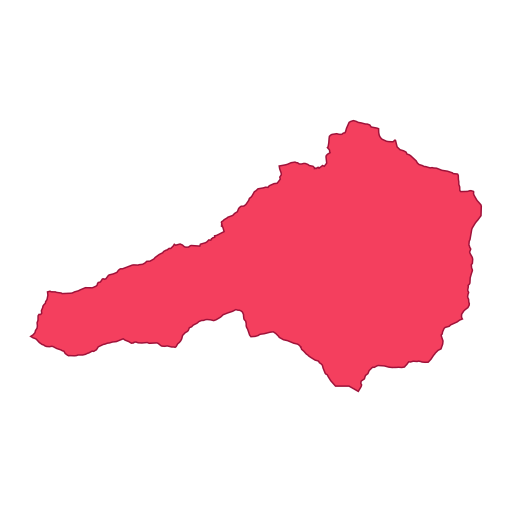 the district of Poiana Teiului, Neamt, Romania
{"feature_id": "2599482B87043149712701", "entity_name": "Poiana Teiului", "entity_type": "district", "adm_level": 2, "iso_a3": "ROU", "parent_name": "Romania", "parent_adm1": "Neamt", "projection": "robinson", "projection_center": [25.888, 47.126], "detail": "fine", "context": "isolated", "style": "filled", "palette": "rose", "viewbox_px": 512, "rotation_deg": 0, "n_neighbors": 0, "source": "geoboundaries", "source_scale": "gbopen_adm2", "svg_char_len": 6046}
<svg xmlns="http://www.w3.org/2000/svg" viewBox="0 0 512 512"><path d="M358.3,391.4L361.0,386.8L361.4,385.8L361.6,384.8L360.8,383.4L361.1,381.4L361.4,380.9L364.4,378.9L365.2,376.2L365.7,375.3L367.9,373.6L369.2,370.5L372.5,367.3L374.4,367.3L376.7,366.0L378.1,365.5L384.3,365.9L388.7,367.1L392.1,367.5L397.2,367.4L398.1,367.2L401.7,367.5L404.5,367.0L405.6,365.6L406.6,364.7L408.7,361.8L410.5,362.0L413.2,361.2L417.1,361.5L418.5,361.1L420.6,361.5L421.9,362.0L425.0,362.3L428.2,362.2L431.0,359.2L433.5,355.4L434.8,353.9L435.2,353.2L438.1,350.3L441.0,348.9L442.7,344.0L443.0,341.0L441.3,335.9L441.3,334.8L442.2,334.0L442.6,331.8L444.1,328.4L445.2,327.4L449.2,326.3L450.6,324.9L457.2,321.9L459.6,320.1L462.4,319.0L461.9,318.2L461.5,316.7L461.6,314.6L462.0,313.6L463.1,312.1L463.4,311.4L465.0,309.8L467.9,307.6L469.2,305.1L469.3,303.5L468.8,302.2L468.6,299.3L467.9,297.9L467.6,296.6L468.0,294.3L468.6,292.7L468.6,292.2L467.9,291.0L467.7,289.9L468.3,286.8L468.1,285.4L469.4,284.1L469.9,283.0L470.2,277.8L471.3,273.9L472.4,270.6L472.3,269.6L471.6,268.0L471.3,264.8L472.4,263.3L472.7,259.3L472.3,257.4L470.0,253.3L469.6,252.0L470.7,249.2L470.5,248.4L469.7,247.4L469.5,246.2L468.9,245.0L469.2,241.3L470.0,239.5L471.7,229.6L472.2,228.1L475.3,223.0L476.8,221.1L477.5,220.4L481.0,215.7L481.3,206.3L480.9,204.8L477.0,200.4L474.0,195.2L473.5,193.5L473.7,191.9L473.4,191.4L471.1,190.7L469.9,190.7L467.6,191.4L460.7,191.6L459.8,190.5L459.7,186.9L458.8,184.4L458.8,181.8L458.4,179.2L458.3,175.6L457.8,174.3L457.3,174.0L453.2,173.6L452.3,172.8L447.5,171.2L441.9,170.3L436.6,168.2L433.6,168.0L432.1,167.6L430.1,167.9L425.7,166.6L424.1,166.5L422.5,165.6L419.0,164.5L417.3,162.9L416.2,160.9L410.6,155.7L409.0,154.7L407.0,154.1L406.2,152.4L405.9,152.0L403.6,150.8L400.0,149.7L397.1,146.9L395.5,140.4L395.3,140.2L394.6,140.2L393.6,141.4L392.8,141.8L388.7,141.6L386.6,141.3L382.2,139.3L381.2,138.5L379.7,136.4L379.1,134.7L378.7,132.4L378.6,128.7L376.9,128.1L371.2,127.0L369.8,125.0L367.5,124.1L365.4,124.0L361.2,122.9L358.2,122.4L356.0,121.3L353.4,120.6L350.6,121.5L349.1,122.4L346.5,128.3L345.6,131.5L344.9,132.8L343.3,133.1L342.1,134.1L341.3,134.4L339.0,134.3L336.7,133.7L332.0,134.4L330.8,135.0L329.4,136.3L329.1,138.4L328.8,142.7L328.1,146.8L327.4,147.6L329.2,149.6L329.5,150.1L329.7,151.8L330.1,152.7L327.7,154.1L326.3,155.5L326.0,156.8L326.7,163.1L324.3,166.3L322.5,165.5L322.2,165.8L319.6,167.8L318.7,167.5L318.7,168.0L317.4,167.5L316.3,168.5L315.4,168.2L315.0,168.6L314.5,168.6L314.6,167.9L313.0,166.3L309.2,165.5L307.8,164.4L305.3,163.5L303.9,163.4L301.5,164.0L299.9,164.0L298.9,163.8L297.7,162.8L296.5,162.7L295.0,162.1L291.1,162.7L287.7,164.2L285.7,164.8L279.2,166.0L279.7,168.9L281.2,173.1L281.3,174.8L279.8,177.1L280.3,179.1L277.6,182.7L277.0,183.3L274.1,183.6L269.8,185.5L268.7,186.3L268.0,187.4L265.5,187.2L263.4,187.9L258.0,188.8L255.9,190.8L254.4,191.7L252.1,195.8L251.2,197.0L249.4,198.4L248.7,200.4L245.9,204.5L244.1,205.9L243.1,206.2L241.5,206.2L240.7,206.5L239.3,207.7L238.5,208.8L237.4,211.7L234.5,213.5L233.2,215.0L232.3,215.6L227.9,217.2L226.7,218.2L224.1,219.7L223.2,220.7L221.7,221.7L221.5,222.0L221.4,222.6L221.9,223.9L221.6,224.7L222.2,225.5L222.2,225.8L221.6,226.1L222.8,227.1L224.1,231.6L216.4,235.5L214.6,235.8L214.7,237.3L212.6,237.9L212.1,238.6L211.5,238.7L211.1,239.8L210.7,240.2L208.8,239.9L207.0,241.8L205.6,242.7L200.4,244.2L199.8,246.1L191.4,245.5L190.4,245.7L188.5,247.1L185.8,247.2L184.3,246.7L182.4,245.0L180.1,244.0L175.6,245.2L174.3,244.3L173.3,245.9L170.7,248.5L169.1,248.4L167.0,250.0L166.2,250.1L163.6,251.5L162.8,252.7L159.2,254.5L155.1,257.5L154.0,258.9L149.9,261.2L146.8,261.3L144.8,263.1L142.6,264.3L139.1,264.7L138.1,265.1L133.8,264.9L132.2,265.1L122.5,268.8L120.6,268.8L119.9,269.1L118.5,270.2L116.9,272.4L113.3,273.9L109.6,274.8L108.5,275.3L105.8,278.9L104.7,279.0L104.3,279.3L103.3,278.8L102.4,279.0L100.4,282.0L98.2,282.5L97.4,283.9L97.3,284.8L96.6,285.7L95.6,286.4L94.3,286.9L93.4,287.4L92.1,287.8L85.4,287.7L80.1,289.9L78.4,290.8L74.5,291.9L72.5,292.9L71.2,293.2L62.0,293.6L61.2,293.0L56.6,292.4L55.3,291.9L51.2,291.8L50.0,291.2L47.5,291.9L47.9,295.2L47.0,299.6L45.6,301.7L45.4,303.3L44.1,304.5L42.9,306.2L42.8,307.3L41.4,310.7L41.7,313.2L40.6,314.5L39.0,314.4L38.1,315.8L38.0,320.3L37.1,322.7L37.4,326.0L37.0,328.3L35.5,330.5L35.0,332.6L34.8,332.9L33.0,334.9L30.7,336.4L33.0,337.8L35.0,338.5L36.3,339.2L39.4,342.6L42.3,344.6L43.4,344.8L45.1,346.0L46.7,346.5L49.5,346.7L51.7,346.3L52.9,346.5L56.7,348.5L60.9,349.9L62.4,350.8L63.9,351.2L65.2,353.5L67.5,355.2L68.9,355.8L69.7,355.6L74.6,355.8L76.4,355.6L78.1,355.0L82.6,355.0L85.5,354.3L87.5,353.3L88.7,353.0L92.2,351.1L93.5,351.4L94.0,351.2L95.4,350.3L96.4,349.8L98.3,346.8L103.4,344.4L105.0,344.1L107.3,343.2L109.6,342.9L112.5,342.0L116.3,341.6L123.2,338.8L125.0,340.1L128.8,341.6L131.4,343.2L133.6,342.9L134.0,342.3L135.9,342.0L138.1,342.8L141.8,343.0L147.2,342.5L149.2,343.3L156.8,342.9L158.0,343.3L161.0,345.7L161.9,346.1L164.8,346.3L167.2,345.9L171.7,347.0L173.9,347.0L175.1,347.3L176.1,346.6L177.7,343.8L179.4,342.4L180.7,340.8L181.7,338.9L182.6,335.4L185.3,332.6L187.1,331.6L188.2,330.6L189.4,327.7L191.6,326.8L193.2,325.1L197.0,323.2L199.0,321.5L201.5,320.5L203.6,320.4L205.4,319.7L207.0,319.5L210.5,319.8L213.7,320.6L216.0,319.8L219.1,318.0L220.7,317.0L223.4,314.5L224.3,314.3L227.2,313.1L232.6,311.3L235.8,309.6L238.0,310.2L239.4,310.2L241.0,310.9L242.2,311.8L242.9,313.1L243.6,314.9L243.5,315.7L243.9,318.8L244.2,319.5L245.7,321.2L246.2,323.7L246.2,325.9L246.6,327.4L247.6,329.1L249.6,335.0L250.9,336.7L255.2,336.4L258.4,335.4L259.4,334.6L260.5,334.2L264.3,333.7L270.1,332.2L273.3,331.8L275.9,333.6L278.4,336.1L279.3,337.4L283.4,339.7L287.7,340.7L293.7,343.2L297.5,344.1L298.7,344.8L300.6,346.7L300.8,346.8L300.6,347.2L301.1,347.8L301.6,349.3L303.7,351.1L306.4,354.1L307.7,354.9L308.6,355.9L310.6,357.3L315.1,360.1L318.0,360.9L319.0,361.8L319.3,362.6L321.4,364.1L322.4,365.3L323.1,368.1L325.2,373.3L325.9,374.1L326.9,374.5L327.5,375.1L328.1,376.5L330.8,380.8L335.5,386.1L349.0,386.1L358.3,391.4Z" fill="#f43f5e" stroke="#9f1239" stroke-width="1.5"/></svg>